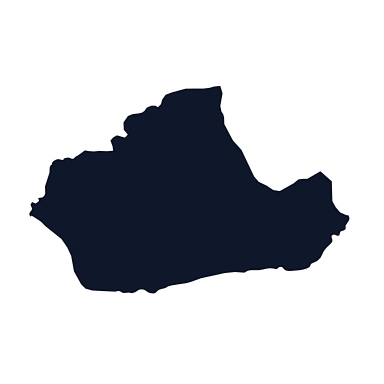 the Voivodeship of Podlachian, rotated 96°
{"feature_id": "POL-3150", "entity_name": "Podlachian", "entity_type": "Voivodeship", "adm_level": 1, "iso_a3": "POL", "parent_name": "Poland", "parent_adm1": "", "projection": "albers", "projection_center": [22.977, 53.341], "detail": "fine", "context": "isolated", "style": "filled", "palette": "ink", "viewbox_px": 384, "rotation_deg": 96, "n_neighbors": 0, "source": "natural_earth", "source_scale": "10m", "svg_char_len": 2526}
<svg xmlns="http://www.w3.org/2000/svg" viewBox="0 0 384 384"><g transform="rotate(96 192 192)"><path d="M201.8,33.4L203.7,33.7L208.9,36.4L209.8,36.5L211.8,36.1L212.7,36.3L213.6,37.3L214.1,38.4L214.5,39.6L215.1,40.5L216.1,41.2L219.1,41.6L219.6,42.4L219.3,43.8L218.8,45.5L218.8,47.1L220.4,49.3L222.4,49.3L224.4,48.4L226.2,48.0L227.8,48.8L233.2,53.3L236.6,55.4L243.6,58.0L245.4,59.5L247.0,60.9L247.8,62.2L249.5,65.2L250.3,66.4L251.2,67.0L253.1,67.5L253.9,68.0L255.3,70.1L256.6,73.1L257.6,76.4L258.3,79.6L259.6,86.6L259.6,90.0L258.3,92.3L257.3,93.2L256.8,93.8L256.4,94.4L256.4,96.0L256.7,97.4L257.4,98.5L258.4,99.2L258.9,99.9L259.2,100.7L259.1,101.5L258.8,102.4L258.9,106.7L259.8,110.4L261.0,113.8L262.0,117.6L262.8,125.5L263.8,128.6L266.0,131.8L266.3,140.9L268.5,151.4L276.2,174.6L280.5,183.3L282.4,188.0L286.1,202.1L287.7,206.4L289.4,208.5L290.3,210.6L291.0,212.8L292.1,215.1L293.7,216.8L295.3,218.0L296.2,219.8L296.1,223.4L295.3,225.6L294.2,227.4L293.4,229.5L293.3,232.4L294.1,234.9L296.9,238.4L297.9,240.6L298.1,241.8L297.9,243.6L297.9,244.5L298.7,248.7L298.8,249.9L298.5,250.8L297.6,252.8L297.3,254.0L297.4,255.6L297.8,256.5L298.1,257.3L298.4,258.4L299.4,276.5L299.6,281.0L298.5,287.5L294.9,292.0L282.9,300.4L267.8,304.8L259.8,309.6L251.8,316.4L240.8,333.6L237.1,338.1L235.5,340.7L231.2,349.4L231.5,349.5L232.2,350.0L231.5,350.6L229.8,350.6L226.9,348.8L225.3,348.4L224.0,349.0L222.7,349.9L221.2,350.4L219.6,349.5L219.9,348.8L220.4,347.2L220.8,346.4L218.3,343.3L216.6,342.3L214.6,343.3L213.8,339.9L211.7,337.9L209.0,337.0L201.9,338.0L187.7,335.0L182.8,335.3L180.6,334.7L179.6,332.9L178.0,333.6L176.1,332.2L174.6,330.0L174.0,328.3L174.6,323.4L174.3,322.7L173.0,322.5L172.3,321.8L171.9,320.5L171.5,318.6L171.6,317.3L172.0,316.1L172.4,314.9L172.1,313.4L171.5,312.5L169.5,310.8L167.6,308.1L162.6,302.6L162.9,299.4L162.7,293.8L161.6,288.5L161.1,280.7L159.8,273.7L154.5,275.1L149.4,277.6L146.6,275.6L144.3,272.4L145.8,264.1L141.5,260.8L136.9,265.6L130.1,266.6L123.7,263.1L121.4,258.7L120.2,253.2L118.9,249.5L116.8,247.1L113.3,245.2L111.1,241.0L110.8,237.2L112.3,234.6L108.2,231.3L103.3,230.5L98.6,227.8L95.4,221.3L90.6,208.7L88.7,191.4L87.4,185.5L85.5,180.6L84.4,175.4L90.9,172.7L103.6,173.6L109.3,171.8L111.9,169.7L114.8,168.6L121.4,167.7L136.9,157.3L145.7,147.6L170.5,132.5L175.6,127.1L178.7,118.4L182.3,111.6L182.7,104.6L173.4,91.4L169.0,87.0L168.1,82.9L167.6,78.4L158.9,66.5L167.2,54.8L186.7,52.2L192.5,48.2L197.5,43.0L199.8,35.8L199.5,34.7L199.6,34.4L201.8,33.4Z" fill="#0f172a" stroke="#020617" stroke-width="1.5"/></g></svg>